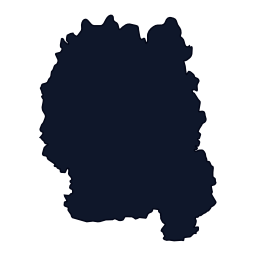 Zhytomyr, Mercator projection
{"feature_id": "UKR-324", "entity_name": "Zhytomyr", "entity_type": "Region", "adm_level": 1, "iso_a3": "UKR", "parent_name": "Ukraine", "parent_adm1": "", "projection": "mercator", "projection_center": [28.508, 50.617], "detail": "fine", "context": "isolated", "style": "filled", "palette": "ink", "viewbox_px": 256, "rotation_deg": 0, "n_neighbors": 0, "source": "natural_earth", "source_scale": "10m", "svg_char_len": 5733}
<svg xmlns="http://www.w3.org/2000/svg" viewBox="0 0 256 256"><path d="M110.4,15.4L111.9,15.5L112.9,16.6L113.1,17.7L113.2,19.7L113.7,20.9L114.6,21.8L116.6,23.0L117.4,24.0L117.9,25.1L118.6,28.2L119.0,29.1L119.9,29.5L120.8,29.0L122.6,27.2L126.0,24.9L127.8,24.3L129.7,24.2L135.9,25.6L137.6,26.3L138.2,27.8L138.4,30.1L139.5,36.3L139.9,37.8L140.6,39.0L141.8,39.6L143.7,38.5L144.5,38.6L145.0,40.0L145.5,42.0L146.3,43.2L147.5,41.8L147.8,40.1L147.7,35.9L147.9,34.0L149.2,31.0L151.2,28.6L153.4,26.9L155.6,25.7L157.6,25.3L161.9,25.2L163.7,24.5L165.0,23.1L166.6,19.6L168.0,18.2L169.4,17.7L170.8,17.7L173.5,18.4L175.2,19.4L176.1,20.8L177.5,24.8L179.8,28.3L180.6,30.1L180.9,33.0L180.2,35.9L180.7,37.2L181.9,38.0L183.3,39.7L184.0,41.8L184.6,44.2L185.5,46.2L187.1,47.1L188.5,46.6L189.4,45.9L189.8,46.9L190.2,47.4L190.6,47.5L191.6,46.9L191.9,47.2L192.0,48.4L191.7,53.7L191.5,54.6L190.9,56.1L190.0,57.3L189.1,58.1L186.9,59.8L185.7,60.4L184.1,60.7L183.7,60.9L183.7,61.3L185.0,66.1L185.7,71.8L186.0,73.4L186.4,74.3L186.6,74.5L187.0,74.2L188.6,71.6L188.9,71.5L190.0,71.8L191.3,72.7L193.5,74.6L194.0,75.5L194.5,77.0L194.9,77.5L197.6,78.7L198.3,79.5L198.6,80.1L198.8,80.9L198.7,81.4L197.2,84.3L197.1,84.7L196.9,85.9L197.2,90.0L196.9,90.7L196.3,90.6L195.4,89.9L194.7,89.6L192.5,89.7L192.2,90.0L192.1,90.7L192.4,92.2L192.8,92.7L194.2,93.4L198.0,99.4L199.9,101.6L200.0,102.9L198.7,110.5L198.8,111.4L199.4,111.7L202.0,111.4L202.9,111.5L203.7,111.8L204.2,112.3L204.7,113.7L204.9,115.3L205.9,119.0L205.8,120.1L205.4,121.1L204.7,122.0L202.3,123.5L201.4,125.3L199.5,128.2L198.2,130.9L198.1,131.8L198.4,132.3L200.2,133.9L200.4,134.6L199.3,138.2L198.7,138.6L197.9,138.7L197.7,139.0L197.7,139.5L197.9,140.3L199.1,141.1L199.4,141.7L199.5,142.0L199.4,142.9L198.8,145.0L198.2,145.9L197.5,146.1L195.9,145.8L195.6,146.0L195.5,146.3L195.6,146.7L197.2,148.0L197.2,148.3L196.8,149.1L196.5,149.3L194.6,149.6L194.4,149.9L194.4,150.4L194.9,151.2L195.7,151.6L199.1,150.3L202.0,150.2L202.8,150.5L203.3,150.9L204.2,152.0L205.1,153.7L205.6,156.7L206.5,159.0L206.7,160.7L207.0,161.3L207.3,161.6L208.6,161.6L209.3,161.9L209.7,162.5L211.1,165.6L211.6,166.1L212.7,166.6L213.0,167.2L213.1,168.2L212.7,172.4L212.7,176.3L213.2,177.3L214.9,178.6L215.2,179.8L215.2,181.3L215.7,182.4L215.7,182.9L215.1,184.0L214.2,184.7L211.5,185.5L211.2,186.3L211.2,187.0L212.2,192.0L211.4,193.5L211.4,194.2L211.7,195.0L215.6,201.6L215.8,202.3L215.6,202.9L215.2,203.6L213.7,205.3L211.0,206.9L210.2,208.5L208.5,210.6L207.1,211.1L205.5,212.5L203.3,213.5L200.8,215.4L199.2,215.5L198.0,216.9L197.6,217.1L196.4,217.0L195.5,217.6L195.2,218.4L195.4,219.3L196.0,220.5L196.0,221.8L195.3,224.5L193.9,227.0L194.9,227.4L198.0,227.1L198.2,227.3L198.3,228.3L198.2,229.8L198.0,230.3L197.7,230.7L196.6,231.2L196.1,231.7L195.9,233.3L194.1,233.3L193.4,233.6L190.7,236.3L190.0,236.7L185.3,237.2L184.4,237.5L183.9,237.8L183.5,240.2L183.2,240.4L181.5,240.1L174.1,240.6L169.2,239.9L166.6,240.1L164.5,239.4L163.8,238.9L163.5,238.3L163.6,238.0L164.7,236.6L164.8,236.3L164.7,235.6L163.8,234.2L163.3,232.6L163.0,232.1L161.4,230.9L161.4,230.4L162.0,229.0L165.3,224.8L165.3,224.4L165.1,224.0L162.7,222.0L162.2,221.1L161.0,218.7L160.9,218.2L160.9,216.5L160.6,215.0L160.8,214.0L160.3,213.0L159.1,211.9L158.8,211.3L158.7,210.8L158.9,210.1L158.7,209.6L158.0,209.3L153.6,208.7L153.1,208.8L152.8,209.0L152.1,211.0L151.4,211.8L149.1,212.8L148.0,213.6L147.0,215.6L146.2,217.5L145.7,218.0L139.4,217.3L136.8,218.5L135.4,218.8L134.2,217.8L132.4,216.8L131.8,216.6L125.7,216.5L125.0,216.7L124.7,216.9L123.4,219.2L122.9,219.8L121.8,220.2L120.3,220.4L119.0,220.3L115.7,218.8L114.4,218.6L112.5,219.5L105.8,219.7L100.0,221.4L97.7,221.6L93.0,220.9L86.8,221.6L72.5,217.5L71.7,216.4L71.2,214.5L68.3,210.3L68.2,209.5L68.4,208.4L68.2,207.4L67.5,206.9L65.0,206.0L64.3,205.1L64.6,202.3L65.1,201.9L66.7,201.7L67.0,201.5L67.0,201.2L66.6,199.7L64.7,196.2L64.5,195.2L68.2,195.6L69.0,195.5L69.9,195.0L70.8,193.9L72.3,193.5L72.5,193.3L72.7,192.4L72.8,191.2L72.5,189.7L72.0,189.2L70.6,188.6L70.1,188.2L69.8,187.4L70.2,185.7L71.5,183.9L71.6,183.4L71.5,183.1L70.4,182.0L70.2,181.1L70.4,180.8L71.6,180.0L71.8,179.5L71.8,178.7L71.5,177.7L69.1,174.7L68.9,174.2L68.7,173.7L69.0,170.7L68.8,169.1L68.6,168.6L68.2,168.3L67.4,168.3L67.1,168.5L65.9,170.4L65.4,171.9L64.9,172.4L61.4,172.2L60.6,171.8L60.5,171.4L60.4,170.0L60.1,169.2L57.5,168.0L56.7,166.7L56.3,166.4L55.2,166.4L54.5,166.1L54.4,165.8L54.5,165.4L55.1,164.4L54.8,163.8L48.2,159.3L47.6,158.3L47.3,157.1L46.8,156.3L46.2,155.9L43.7,155.4L43.1,155.0L42.7,154.2L42.7,153.4L44.1,148.3L44.4,147.6L45.9,146.1L47.7,145.0L47.9,144.3L47.3,144.0L46.0,143.6L44.9,143.0L43.9,140.9L42.4,139.7L41.2,138.0L40.2,137.5L42.6,134.6L43.2,132.9L43.0,132.5L42.5,132.0L40.8,131.0L40.5,130.5L40.2,129.6L40.3,128.7L41.8,124.8L43.1,123.2L43.7,122.2L45.3,118.0L45.7,116.1L45.1,114.3L42.9,110.6L42.5,109.1L42.3,107.2L43.4,101.3L43.5,99.4L42.3,97.6L41.8,96.6L41.9,96.3L43.0,95.6L43.2,95.0L43.2,94.6L42.3,93.3L42.1,92.8L41.7,90.7L40.6,88.4L40.6,88.0L41.2,87.3L41.8,85.1L42.3,84.4L42.9,84.1L45.6,83.4L47.2,82.6L47.6,82.2L49.0,79.1L50.3,77.7L51.0,76.4L51.6,71.8L53.2,69.7L54.4,66.3L55.0,65.4L57.0,64.1L57.9,62.3L58.2,61.0L58.1,59.6L55.8,54.6L55.7,54.1L56.0,53.6L60.2,52.5L61.2,51.5L62.1,49.7L62.2,48.6L61.9,47.9L60.8,47.0L60.6,46.1L60.6,44.6L61.6,38.9L62.1,38.6L62.8,38.8L63.6,39.9L64.0,41.0L64.5,41.6L67.2,44.0L67.9,44.3L68.3,44.2L68.6,43.4L68.5,42.7L67.9,41.7L66.9,40.7L66.7,40.1L66.7,39.1L66.9,37.0L67.4,35.3L70.6,33.7L72.9,33.3L73.2,33.9L74.1,35.0L75.2,35.8L76.2,36.3L77.3,36.1L78.0,35.4L81.3,31.0L81.6,30.3L81.9,28.8L81.7,25.0L82.1,22.8L83.0,20.9L84.3,19.7L85.9,19.4L87.4,20.2L91.5,24.8L92.8,25.5L94.1,25.8L100.8,25.8L102.2,25.4L103.8,23.8L106.1,19.5L107.4,17.5L108.9,16.1L110.4,15.4Z" fill="#0f172a" stroke="#020617" stroke-width="1.5"/></svg>